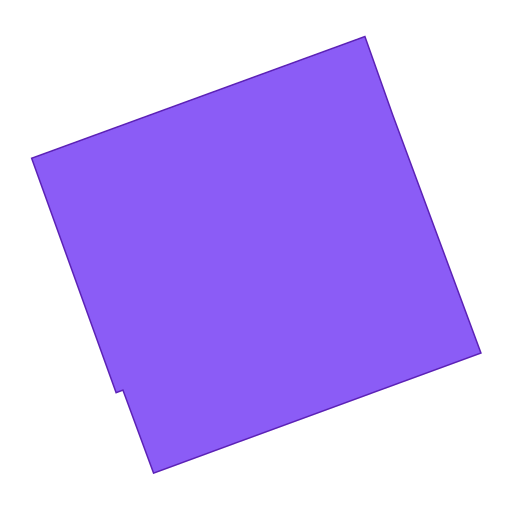 the district of Poweshiek, Iowa, United States of America, rotated 340°
{"feature_id": "52423323B384503351074", "entity_name": "Poweshiek", "entity_type": "district", "adm_level": 2, "iso_a3": "USA", "parent_name": "United States of America", "parent_adm1": "Iowa", "projection": "natural_earth1", "projection_center": [-92.541, 41.686], "detail": "fine", "context": "isolated", "style": "filled", "palette": "violet", "viewbox_px": 512, "rotation_deg": 340, "n_neighbors": 0, "source": "geoboundaries", "source_scale": "gbopen_adm2", "svg_char_len": 285}
<svg xmlns="http://www.w3.org/2000/svg" viewBox="0 0 512 512"><g transform="rotate(340 256 256)"><path d="M347.2,424.3L434.2,424.1L432.7,169.7L433.4,87.0L78.6,87.4L77.8,336.6L85.1,336.5L85.5,425.0L172.3,424.7L347.2,424.3Z" fill="#8b5cf6" stroke="#5b21b6" stroke-width="1.5"/></g></svg>